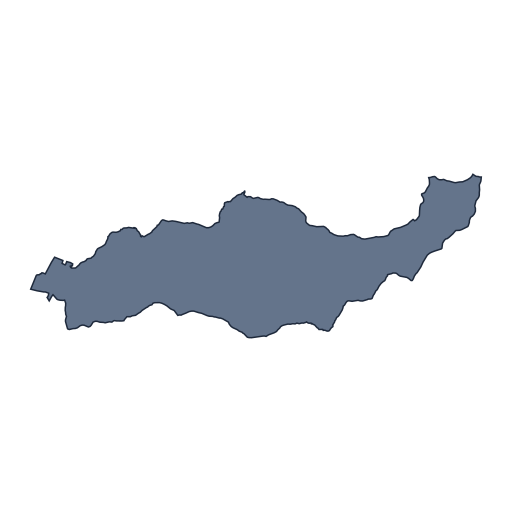 Brancovenesti, Mures, Romania
{"feature_id": "2599482B13448214050806", "entity_name": "Brancovenesti", "entity_type": "district", "adm_level": 2, "iso_a3": "ROU", "parent_name": "Romania", "parent_adm1": "Mures", "projection": "albers", "projection_center": [24.873, 46.864], "detail": "fine", "context": "isolated", "style": "filled", "palette": "slate", "viewbox_px": 512, "rotation_deg": 0, "n_neighbors": 0, "source": "geoboundaries", "source_scale": "gbopen_adm2", "svg_char_len": 6048}
<svg xmlns="http://www.w3.org/2000/svg" viewBox="0 0 512 512"><path d="M244.0,333.7L247.3,337.2L248.9,337.6L251.5,337.7L262.8,336.1L264.3,336.0L266.1,336.4L268.6,334.8L274.1,332.8L276.5,331.5L277.8,329.8L279.6,328.2L280.6,326.7L281.9,325.8L283.4,325.2L287.7,324.1L290.6,324.2L292.7,323.7L295.1,323.9L296.9,323.1L299.2,323.7L301.8,323.0L303.8,323.1L304.8,322.6L305.7,322.5L306.5,321.9L308.1,323.0L309.0,323.2L310.9,323.1L311.3,323.9L311.5,323.9L311.5,323.5L311.9,323.5L313.2,324.4L314.6,324.9L317.1,327.7L317.9,328.1L319.0,329.5L322.7,329.4L322.9,329.5L323.0,330.1L323.2,330.4L324.8,330.2L327.1,331.1L328.6,331.0L329.5,330.5L330.1,329.4L331.5,327.6L332.7,326.8L333.0,326.0L332.7,325.0L334.4,322.3L334.7,321.7L334.8,320.8L335.7,319.7L336.6,317.5L338.2,316.4L339.0,315.4L342.2,310.0L342.9,308.0L343.3,306.0L344.1,305.5L344.7,304.8L346.1,302.4L347.1,301.3L348.1,300.9L348.8,300.8L352.1,301.3L358.1,300.3L360.2,300.9L362.6,301.0L367.3,299.6L368.2,299.1L370.8,299.0L372.0,298.5L372.2,298.2L373.1,295.8L373.8,294.5L374.3,294.0L375.8,290.9L377.2,289.7L379.0,286.2L381.1,283.4L383.2,281.6L384.7,280.7L385.4,279.5L385.8,278.2L386.4,277.0L387.5,275.8L387.6,274.6L391.5,273.7L392.9,273.0L395.7,273.1L396.7,273.5L398.6,275.2L400.1,276.1L406.9,277.4L408.7,278.5L411.0,280.5L411.9,280.6L412.3,280.4L413.3,278.8L414.4,276.0L416.1,273.5L417.0,272.8L420.8,267.0L423.0,262.2L427.3,255.1L429.5,253.3L431.4,252.3L434.5,251.1L441.3,248.9L441.9,248.3L442.6,243.1L444.5,240.1L445.7,239.0L447.3,238.6L448.9,237.4L453.0,233.7L455.0,231.3L455.9,230.5L459.7,230.3L461.6,229.6L467.7,226.6L468.2,225.9L469.3,222.6L469.4,220.6L469.8,219.3L470.5,217.6L471.5,216.6L472.5,216.1L474.2,214.1L475.4,211.3L475.4,208.3L474.9,206.7L474.8,205.6L476.0,200.9L478.5,197.6L479.0,196.4L479.3,195.1L479.3,192.5L479.6,189.8L479.3,185.1L479.6,184.0L480.3,182.7L480.9,181.0L481.3,177.0L479.5,177.0L479.1,176.9L478.8,176.6L475.9,176.3L472.9,174.3L471.9,176.1L470.6,177.6L467.5,179.7L462.7,181.8L459.3,182.0L455.5,182.7L454.0,182.5L449.1,181.1L446.8,180.8L443.7,179.4L441.3,179.8L439.1,179.7L437.2,178.7L435.5,177.0L434.6,176.5L432.7,176.7L430.2,177.5L428.7,177.6L429.3,179.6L429.5,183.2L429.4,184.6L428.6,186.3L427.5,187.7L425.3,191.9L424.3,192.9L421.9,193.8L421.6,194.2L421.7,195.3L423.0,197.4L423.5,198.6L423.7,199.8L423.7,201.2L423.0,202.6L421.0,204.0L420.6,204.6L419.9,207.3L419.6,210.5L419.4,215.3L419.1,216.3L416.5,219.7L414.7,220.8L413.3,219.5L413.0,219.5L410.0,221.9L407.8,224.2L406.2,225.0L400.5,227.4L394.1,228.9L391.3,230.9L390.9,231.0L390.1,232.0L388.7,234.7L387.9,235.5L383.8,236.6L378.1,237.0L376.1,236.7L374.1,237.4L364.9,239.1L361.6,238.7L359.5,237.3L357.8,237.1L354.5,234.8L353.6,234.4L350.6,234.6L347.4,235.8L345.3,235.7L343.2,236.2L337.8,235.9L333.9,234.6L331.7,233.2L329.8,232.4L329.0,230.8L327.9,229.5L326.2,228.2L325.9,227.6L323.6,226.4L316.7,226.7L312.3,225.7L309.6,225.4L306.6,223.0L306.0,222.0L305.7,220.9L306.0,217.3L305.9,216.8L304.3,214.4L303.5,213.5L301.4,211.9L298.6,208.8L296.8,208.0L295.4,206.8L292.2,205.6L287.8,205.1L285.7,204.0L283.7,202.5L281.8,202.0L280.1,202.1L277.1,200.3L273.1,198.8L271.3,198.8L270.4,199.4L269.1,199.5L265.0,199.2L263.2,199.3L260.4,198.6L258.7,197.6L257.7,197.4L253.5,198.4L252.5,198.1L250.6,196.7L248.2,196.6L247.6,196.8L247.1,197.3L243.9,194.7L243.9,194.3L244.8,192.4L244.8,191.2L244.5,191.1L243.5,192.5L242.3,192.8L241.3,194.1L238.7,194.7L237.1,195.4L235.3,197.1L233.0,198.6L230.4,201.6L229.2,201.6L228.5,201.9L227.9,201.6L224.8,202.7L224.4,203.6L224.3,206.3L223.6,206.7L222.7,209.1L221.7,209.2L221.0,211.1L220.3,211.7L219.6,213.9L219.3,215.7L219.6,217.7L219.3,220.3L219.2,221.9L218.7,222.3L217.2,222.6L215.0,223.5L212.6,225.9L210.6,227.1L208.5,227.7L206.4,227.7L198.6,224.4L196.8,224.0L192.7,222.6L189.2,223.3L187.3,222.8L184.3,223.4L175.8,221.4L172.2,220.9L168.5,221.5L165.8,220.8L163.6,220.0L162.6,219.9L161.5,220.6L158.5,224.9L157.2,225.3L156.9,226.6L152.6,230.6L152.0,231.5L151.9,232.0L149.6,233.7L148.3,234.2L144.4,236.6L143.2,236.5L142.5,235.9L141.9,236.0L141.3,236.8L140.6,236.3L140.7,235.1L140.3,234.9L140.0,234.0L139.6,233.6L139.0,232.3L138.5,231.6L137.3,230.8L136.3,228.6L134.9,227.7L134.2,227.7L134.5,228.3L128.6,227.4L126.7,227.9L123.9,228.0L123.0,228.4L122.2,229.4L120.9,229.4L120.3,230.7L118.1,231.8L116.1,232.3L112.9,232.1L111.7,232.5L109.9,234.0L108.7,236.1L107.9,236.7L107.9,238.0L107.5,239.3L106.4,241.4L105.8,243.1L104.9,244.6L101.8,246.7L98.4,248.3L97.5,248.9L95.8,251.6L95.3,253.6L93.5,256.2L91.7,257.4L91.0,258.2L87.7,258.7L86.6,259.4L86.2,260.4L85.6,260.8L83.8,261.8L83.0,261.9L81.1,262.7L80.0,263.6L79.2,264.8L75.6,268.0L71.9,268.1L71.5,268.0L70.6,267.3L70.3,266.5L71.1,266.6L70.9,266.1L71.2,265.5L72.2,265.9L72.4,265.8L72.7,263.9L70.5,262.6L66.7,261.6L65.8,264.0L65.1,264.9L62.1,263.4L62.9,260.5L54.6,257.2L51.4,262.4L45.3,273.9L42.8,272.9L41.7,272.9L41.1,273.7L40.4,273.8L39.3,274.7L37.0,274.9L36.3,275.4L30.7,289.2L37.1,290.8L44.0,292.0L45.2,291.9L48.7,293.2L48.4,295.3L47.6,296.9L47.1,297.4L49.2,300.9L51.7,296.4L53.0,294.7L56.9,299.2L57.9,299.7L60.0,300.2L63.2,300.4L64.6,300.1L65.7,303.2L65.6,305.9L65.3,307.2L65.2,310.5L65.6,312.4L65.7,314.2L66.5,316.4L65.5,319.9L65.5,321.5L67.5,328.6L67.8,329.0L69.3,329.5L73.0,328.6L75.2,328.5L77.4,327.8L80.2,325.7L82.2,325.1L84.1,325.2L88.4,327.0L90.1,326.4L91.2,325.2L93.1,322.1L95.2,321.3L97.1,321.3L99.8,322.2L103.4,322.4L105.2,322.8L109.4,321.8L111.9,322.1L113.6,320.8L114.3,320.6L116.3,320.9L121.8,321.0L123.9,320.7L124.4,319.7L126.9,316.7L130.4,316.7L132.2,315.8L135.6,315.3L138.2,313.4L140.3,312.2L142.1,310.4L146.5,307.5L147.7,307.0L148.3,306.3L149.7,305.4L151.9,304.8L153.0,303.2L154.6,302.7L159.4,302.6L161.8,303.2L164.4,304.4L166.8,305.8L170.6,308.9L174.2,310.5L177.8,315.4L179.3,315.0L181.2,315.1L182.3,314.5L185.9,313.1L189.1,311.6L191.6,311.1L193.8,311.1L198.5,312.6L201.7,313.3L207.1,315.6L209.1,316.2L212.6,316.4L214.4,317.0L215.0,316.9L219.4,318.1L220.2,318.0L222.6,318.8L228.4,322.1L229.3,324.2L230.9,326.2L231.7,326.9L233.1,327.8L237.3,329.7L239.1,331.1L242.2,332.3L242.7,333.0L244.0,333.7Z" fill="#64748b" stroke="#1e293b" stroke-width="1.5"/></svg>